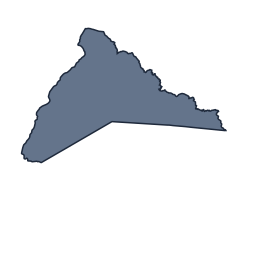 the district of Chasefu, Eastern, Zambia, rotated 207°
{"feature_id": "96606910B72978673218668", "entity_name": "Chasefu", "entity_type": "district", "adm_level": 2, "iso_a3": "ZMB", "parent_name": "Zambia", "parent_adm1": "Eastern", "projection": "albers", "projection_center": [32.897, -11.923], "detail": "fine", "context": "isolated", "style": "filled", "palette": "slate", "viewbox_px": 256, "rotation_deg": 207, "n_neighbors": 0, "source": "geoboundaries", "source_scale": "gbopen_adm2", "svg_char_len": 5738}
<svg xmlns="http://www.w3.org/2000/svg" viewBox="0 0 256 256"><g transform="rotate(207 128 128)"><path d="M39.7,170.3L40.2,170.4L40.4,170.6L41.4,170.4L42.3,170.6L43.5,171.2L44.4,171.0L45.0,171.3L45.6,171.7L45.9,172.2L46.0,173.3L46.3,174.0L46.7,174.4L47.4,174.6L47.8,174.9L48.4,176.3L48.9,176.5L51.1,176.8L51.6,177.0L52.1,177.3L52.3,177.6L52.6,179.1L52.8,179.5L53.8,179.7L54.6,179.7L54.9,179.9L55.3,180.0L55.7,181.0L55.8,181.4L55.5,181.9L55.4,183.1L54.8,183.8L55.3,184.3L55.7,184.4L56.1,184.4L57.6,183.6L57.9,183.7L58.1,184.0L58.3,183.9L58.7,183.9L59.1,183.4L59.7,183.1L60.0,182.6L60.8,182.2L61.1,181.9L61.5,181.7L62.0,180.6L62.7,180.3L63.3,180.6L63.5,180.1L63.8,179.9L64.9,180.2L65.6,179.4L65.7,179.0L65.9,178.8L66.2,178.7L66.4,178.9L66.5,178.9L67.3,177.6L68.3,178.0L68.8,178.7L69.1,178.7L69.3,178.3L69.3,177.6L69.3,177.1L69.5,177.1L69.8,177.3L69.9,177.6L70.2,177.6L70.3,177.4L70.3,177.0L70.4,176.7L70.5,176.7L70.8,176.9L72.1,176.7L73.0,176.8L73.8,176.5L74.0,176.6L74.1,176.8L74.5,176.7L74.6,176.2L74.8,176.1L75.2,176.1L75.5,176.4L76.2,176.1L76.3,175.9L76.6,176.1L76.8,177.9L77.1,179.0L77.6,179.0L78.0,178.8L79.7,181.7L80.2,181.9L80.5,181.9L81.3,182.1L82.0,182.0L82.2,182.5L82.0,183.7L82.2,183.8L82.9,183.9L83.2,184.6L83.4,184.7L83.6,184.8L84.5,184.6L85.4,183.4L86.2,183.0L86.5,182.4L87.1,181.9L87.3,182.1L87.4,182.5L87.7,183.3L88.7,183.9L89.6,183.7L90.6,184.0L91.4,183.8L93.0,183.9L93.7,183.8L95.5,183.3L96.5,182.4L97.9,180.8L98.3,179.4L98.4,178.9L99.1,178.1L99.9,178.1L101.5,178.9L103.4,178.3L104.2,178.6L105.7,178.6L107.8,177.7L108.1,177.9L108.9,177.7L109.7,177.6L110.4,178.0L111.7,177.9L112.0,178.0L112.2,178.6L112.6,178.5L112.7,178.0L113.2,177.5L113.8,177.3L114.3,176.5L114.7,176.2L115.9,175.9L116.6,175.8L117.4,176.1L118.1,176.6L117.7,177.0L116.6,176.5L116.7,178.1L116.9,178.2L117.1,178.6L117.1,179.0L116.7,179.1L116.8,179.4L116.6,179.7L116.6,180.0L117.1,179.8L117.4,180.3L118.5,180.5L118.7,180.8L119.0,180.6L119.4,180.6L119.3,180.8L119.5,181.4L119.6,181.9L119.6,182.8L119.7,183.3L120.1,183.6L120.8,183.8L121.0,183.9L121.0,184.1L120.7,184.7L120.8,184.9L121.1,185.1L121.1,185.3L121.9,185.4L122.1,185.3L122.4,185.8L123.1,185.6L123.9,185.8L124.3,186.0L124.5,186.6L124.9,186.7L125.5,186.4L126.3,186.8L126.6,186.9L127.5,187.4L128.2,188.0L128.3,188.0L128.6,188.6L128.8,188.5L128.9,188.4L128.7,188.1L129.0,187.8L128.9,187.6L129.0,187.3L129.4,187.1L129.6,187.1L129.6,186.8L129.8,186.8L129.8,187.0L130.0,186.9L130.3,186.9L130.2,186.7L130.4,186.6L130.6,186.6L130.9,187.1L130.9,187.3L131.1,187.5L130.9,187.7L131.0,188.2L131.3,188.3L131.6,188.2L132.0,188.1L132.3,188.0L132.5,188.7L132.5,189.3L132.6,189.5L132.9,189.7L132.9,189.9L133.1,190.3L134.1,190.1L134.6,190.1L135.1,189.9L135.4,189.1L136.1,188.7L136.5,188.3L137.2,187.0L137.2,186.1L137.4,185.5L138.2,185.6L139.0,185.3L139.1,185.7L139.3,185.8L139.6,186.0L139.6,186.3L140.0,186.4L140.0,186.5L140.3,186.7L141.2,186.9L141.6,187.5L142.0,187.4L142.0,187.5L144.0,187.7L144.2,187.9L144.6,188.2L145.2,189.1L145.6,189.4L146.6,190.6L147.0,190.9L148.0,191.3L148.3,192.0L148.3,192.5L148.7,192.7L149.1,192.9L149.6,193.0L151.0,193.7L151.6,193.8L153.4,194.9L154.3,194.8L154.6,194.6L155.0,194.6L156.7,195.7L157.7,196.6L158.4,196.9L158.7,196.8L159.7,195.5L160.6,195.1L161.4,194.4L161.6,194.5L162.1,194.3L162.7,194.5L163.1,194.9L164.8,194.9L165.4,194.8L167.4,194.3L167.7,194.0L168.1,193.4L168.3,193.3L168.3,193.2L169.4,192.6L169.6,192.1L170.0,191.7L170.6,191.3L170.8,190.8L170.8,190.4L171.2,190.1L171.4,189.5L172.2,190.8L172.5,191.2L172.7,192.2L172.9,192.5L173.3,192.8L173.4,193.1L174.2,193.6L174.4,193.5L174.8,193.8L175.2,193.9L175.3,194.2L175.7,194.2L176.0,194.7L176.2,195.2L176.6,195.5L176.9,195.8L177.2,195.8L177.5,196.1L178.0,196.4L178.5,196.4L178.5,197.0L178.4,197.6L178.6,198.1L178.9,198.1L179.0,198.2L179.6,198.1L180.3,198.2L180.9,197.8L182.7,197.7L183.0,197.8L183.1,198.2L184.1,199.0L185.0,199.2L185.9,199.1L187.9,199.8L188.4,200.1L190.5,200.3L191.2,200.7L191.8,201.4L193.5,202.7L197.9,201.0L204.0,200.0L204.8,199.7L206.8,199.4L208.7,198.7L210.3,197.5L211.1,197.2L211.5,191.0L211.8,189.2L211.7,188.3L211.8,187.7L211.3,186.4L211.0,186.0L211.1,184.6L210.4,183.5L210.3,183.0L210.3,181.9L210.6,180.8L210.5,179.7L210.3,179.4L210.1,179.2L209.3,179.3L209.0,179.5L207.9,179.7L206.4,179.5L203.9,178.4L202.1,176.7L201.2,176.4L200.2,175.0L199.7,174.3L199.6,173.9L199.7,172.8L199.9,171.9L201.0,169.8L201.4,168.1L202.4,166.6L202.4,166.3L202.1,165.0L203.4,162.4L203.3,158.3L205.3,156.3L205.9,153.4L207.2,150.2L207.4,149.8L208.9,148.5L209.4,147.8L210.0,146.7L210.5,145.0L211.1,142.5L211.0,141.7L210.4,140.4L210.3,139.9L211.1,138.2L211.5,136.6L211.2,134.5L211.3,133.8L211.7,133.1L212.6,132.0L213.1,131.1L214.1,125.0L214.1,124.6L213.3,120.4L213.0,119.7L212.4,119.1L211.2,118.3L210.2,117.3L209.9,116.7L209.9,116.0L209.9,115.5L210.1,114.6L210.4,113.7L211.0,112.7L211.5,111.9L213.3,109.8L214.2,108.7L215.0,107.3L215.2,106.6L215.6,106.1L215.8,105.3L215.6,104.4L216.0,103.1L216.4,100.6L216.3,99.9L215.7,98.5L215.4,98.1L213.8,97.3L213.7,97.0L213.6,95.9L213.0,94.9L212.9,94.5L213.0,94.2L213.8,93.0L214.0,92.3L214.0,91.9L213.7,91.3L213.1,90.6L212.9,90.3L212.1,87.0L211.9,86.3L211.9,84.8L212.1,83.7L212.4,83.1L212.5,82.4L212.2,81.3L211.8,80.3L211.8,79.9L212.3,77.7L211.5,75.3L211.4,74.2L211.7,72.7L212.3,70.6L212.3,68.3L213.2,65.9L213.2,65.2L212.8,62.6L211.6,57.9L211.3,57.0L211.0,56.8L209.1,56.9L208.3,56.5L207.8,55.9L207.1,54.3L206.6,53.6L206.0,53.6L205.4,53.8L205.0,54.2L204.8,54.9L204.5,55.1L204.0,55.1L203.7,55.0L203.2,54.6L202.5,53.4L202.1,53.3L199.3,54.5L198.9,54.3L197.9,54.5L194.1,57.0L193.1,57.0L192.3,57.6L191.4,57.7L190.0,57.7L189.5,57.9L145.2,126.4L94.0,148.6L93.9,148.7L92.1,149.5L89.0,150.6L77.7,155.2L71.6,157.5L40.7,169.6L39.6,170.2L39.7,170.3Z" fill="#64748b" stroke="#1e293b" stroke-width="1.5"/></g></svg>